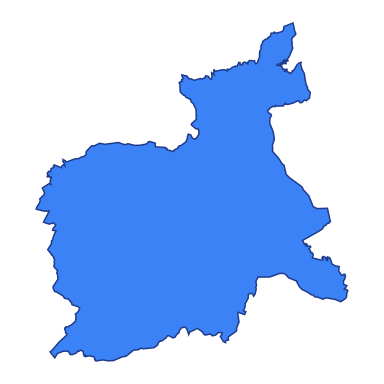 Varfuri, Dâmbovita, Romania (Albers equal-area conic projection)
{"feature_id": "2599482B31531566828838", "entity_name": "Varfuri", "entity_type": "district", "adm_level": 2, "iso_a3": "ROU", "parent_name": "Romania", "parent_adm1": "Dâmbovita", "projection": "albers", "projection_center": [25.505, 45.099], "detail": "fine", "context": "isolated", "style": "filled", "palette": "blue", "viewbox_px": 384, "rotation_deg": 0, "n_neighbors": 0, "source": "geoboundaries", "source_scale": "gbopen_adm2", "svg_char_len": 5861}
<svg xmlns="http://www.w3.org/2000/svg" viewBox="0 0 384 384"><path d="M327.4,208.3L317.2,208.6L313.2,206.7L308.7,195.6L302.8,189.3L302.9,188.4L301.8,186.7L289.5,177.7L286.2,174.4L284.0,165.2L282.0,163.7L278.8,158.5L272.5,151.3L272.7,149.4L272.4,145.0L274.0,140.8L274.3,138.4L273.2,131.8L269.8,123.4L269.9,118.6L271.3,115.8L271.4,114.7L268.7,112.8L267.8,111.5L267.9,110.2L269.3,109.3L269.8,108.1L272.8,106.4L275.0,106.7L275.8,105.3L276.9,106.1L283.5,105.9L284.3,104.0L285.2,104.2L285.5,103.3L286.2,104.2L287.9,104.4L293.1,103.1L298.2,100.6L300.1,102.7L301.7,102.6L304.5,100.0L306.4,100.7L309.5,98.0L310.2,92.6L309.9,91.7L307.6,89.6L307.5,87.3L306.0,84.1L305.3,80.5L304.3,73.6L301.9,68.9L300.6,63.8L301.1,62.4L299.6,62.7L297.2,64.6L293.5,70.7L292.4,70.7L291.6,72.7L289.8,73.5L289.3,72.5L287.2,71.8L286.9,69.2L285.9,69.4L285.9,70.8L284.6,71.4L284.3,71.1L285.1,69.8L283.4,68.9L282.6,69.2L282.0,66.9L280.3,65.7L276.9,65.3L277.0,64.4L278.6,65.3L282.1,64.7L282.6,63.6L286.1,63.6L285.9,61.8L286.2,60.9L285.7,60.9L284.2,61.5L284.2,62.6L282.9,63.5L281.9,63.0L281.4,64.3L279.9,63.6L283.4,61.7L283.5,60.7L284.4,59.7L286.8,60.4L286.7,61.2L288.0,60.9L287.3,59.4L289.6,55.8L292.7,48.2L292.0,44.2L292.2,42.0L291.6,40.6L292.2,37.9L295.7,34.5L295.7,33.0L294.7,31.2L293.0,23.0L284.3,26.4L283.8,26.9L283.6,29.4L282.8,30.9L281.5,31.8L275.8,33.2L274.2,32.1L273.2,33.2L271.2,33.1L270.4,36.2L268.1,37.4L267.9,38.6L265.4,39.3L262.6,41.5L262.7,42.4L260.9,46.3L261.2,48.5L259.6,51.8L259.5,57.2L258.0,60.7L257.8,62.1L256.0,63.8L254.6,62.0L254.6,60.8L249.5,60.5L247.1,63.0L247.9,63.3L247.9,63.9L245.0,62.1L243.0,62.8L242.5,63.3L242.5,64.5L240.2,64.9L240.0,62.6L238.8,62.4L237.0,66.5L235.7,66.0L232.0,67.5L230.1,69.2L228.2,69.5L227.8,70.4L227.3,69.4L226.7,70.8L224.6,69.7L222.3,69.8L215.2,71.3L214.2,69.8L213.7,70.1L214.0,72.0L213.3,73.1L213.9,74.5L211.6,72.8L212.1,77.2L211.4,79.2L209.9,78.6L208.6,77.2L208.6,76.5L205.7,75.7L204.7,78.2L203.6,78.1L202.4,79.2L200.3,78.5L194.3,80.3L191.1,78.9L188.9,78.8L188.7,78.0L186.8,76.8L187.2,76.2L181.8,74.9L182.0,76.2L183.4,78.5L181.6,79.7L181.6,80.9L182.3,81.3L182.0,81.6L180.0,81.9L179.1,82.7L179.9,84.3L180.2,91.9L183.3,95.0L185.1,95.7L185.6,97.0L189.5,99.1L190.3,98.9L191.2,101.8L193.2,103.6L196.0,109.2L196.3,119.4L191.8,123.4L191.3,124.8L196.0,128.9L197.5,128.7L198.5,129.4L199.0,132.6L198.6,134.8L196.1,138.5L195.1,139.0L193.2,138.6L192.3,138.0L190.7,134.9L188.2,134.1L187.3,137.1L187.4,138.6L185.7,142.1L180.9,145.5L178.7,146.1L177.5,148.4L174.1,150.0L173.5,151.5L167.0,149.8L167.0,148.5L165.3,148.1L165.3,147.5L155.5,146.8L155.1,144.7L155.4,143.2L149.8,141.5L148.5,141.8L146.5,144.0L140.3,145.2L134.8,145.4L127.9,143.7L125.7,144.6L123.6,144.4L118.5,142.5L104.9,144.3L99.6,143.3L94.1,145.9L91.5,145.9L86.5,151.2L86.0,152.3L86.3,154.3L83.9,156.5L81.4,157.0L78.6,158.6L74.1,159.1L67.5,161.7L65.6,161.8L65.3,160.7L63.4,159.8L63.7,160.3L62.8,161.1L64.6,164.3L64.8,165.8L63.9,164.7L62.2,165.5L61.5,167.7L54.2,164.9L53.4,166.1L54.0,166.7L53.5,167.7L51.1,168.4L50.5,171.7L48.6,171.3L47.2,173.4L48.0,175.0L47.2,176.1L47.3,176.9L48.7,176.7L49.1,176.0L50.6,178.1L50.9,177.1L51.3,177.1L51.1,178.7L50.3,180.2L50.2,182.8L50.9,184.4L49.2,183.6L42.3,188.0L44.4,192.4L44.4,194.3L39.7,199.0L40.3,200.1L39.5,203.0L36.7,207.3L36.2,209.2L44.2,211.1L49.2,211.1L43.5,222.2L49.1,224.1L53.7,222.9L55.8,225.4L53.2,228.3L52.6,230.3L56.0,230.9L53.4,236.4L52.7,239.7L51.6,240.8L51.3,243.9L47.7,249.7L50.8,253.4L51.2,254.5L53.1,256.2L54.6,260.2L54.1,262.0L54.5,264.0L53.8,266.1L54.8,267.9L57.5,270.3L56.7,273.1L57.6,274.7L57.9,279.3L53.1,286.5L53.3,288.7L54.6,291.4L57.1,292.3L63.4,296.2L64.4,298.2L68.6,299.2L70.4,301.7L71.4,302.3L72.0,304.7L77.8,306.6L79.3,307.7L79.7,308.7L77.9,312.0L75.3,314.2L75.9,315.3L75.9,319.1L75.3,321.4L71.6,324.7L66.9,327.3L65.9,326.8L64.9,328.0L64.6,328.8L65.7,331.7L65.5,332.8L67.1,334.0L66.7,335.1L58.8,342.4L51.9,350.5L50.0,351.9L54.8,357.8L57.5,353.4L63.5,351.2L68.3,351.2L69.9,354.2L71.5,354.8L75.9,353.3L78.1,350.9L78.7,351.4L81.0,350.1L83.2,351.6L83.6,354.6L85.4,355.4L84.3,356.0L85.3,356.7L89.0,355.8L93.5,356.7L95.0,358.5L94.6,359.6L95.9,361.0L102.9,359.9L107.7,360.8L113.4,360.6L121.8,357.0L126.3,356.1L133.4,350.2L138.5,349.7L140.8,348.1L143.2,348.8L153.9,347.7L157.5,345.2L158.0,343.4L159.5,341.5L162.1,340.8L166.0,337.9L167.6,335.7L169.2,335.8L173.0,337.9L175.0,337.2L177.0,334.1L178.9,332.9L179.3,330.8L181.4,327.9L184.8,327.0L186.8,328.8L188.7,334.6L189.6,332.2L197.4,328.4L202.6,332.0L203.5,333.8L205.1,335.1L210.6,334.0L212.1,335.7L213.1,335.7L215.7,335.0L218.4,332.5L222.1,332.7L222.4,333.0L220.4,336.6L223.4,341.6L225.5,342.6L225.3,341.5L225.7,340.8L228.5,340.0L228.2,337.7L228.7,336.6L236.5,331.0L236.8,327.3L239.0,322.1L237.8,313.5L238.2,312.3L244.6,314.6L245.2,313.3L245.9,311.7L243.4,310.7L245.1,306.9L245.2,303.7L248.2,298.2L248.3,294.3L250.9,293.4L252.6,293.9L253.7,296.2L255.1,294.0L256.2,289.1L255.8,287.3L256.5,285.4L255.9,281.2L258.1,277.1L269.7,277.0L280.2,273.3L284.9,273.7L288.8,277.9L297.0,281.2L296.8,281.9L299.2,286.4L301.7,289.3L308.0,292.4L311.2,294.8L313.1,294.9L314.6,296.8L317.8,297.2L322.9,299.2L326.1,297.8L335.0,299.4L340.8,301.7L345.7,298.4L346.7,296.0L346.6,293.7L347.8,290.7L346.7,289.5L344.3,289.3L346.9,285.7L343.6,284.3L343.5,280.6L344.6,279.5L344.8,277.8L345.3,277.3L345.3,275.0L344.8,274.3L343.9,274.2L342.7,275.3L341.4,275.1L338.6,270.8L339.2,266.6L335.2,265.8L332.0,264.0L330.2,258.5L329.4,257.6L327.5,256.9L327.2,257.6L327.8,259.5L327.1,260.5L326.3,259.9L326.0,257.8L323.7,256.5L322.9,256.6L321.9,258.0L323.0,258.8L323.0,259.8L321.5,260.2L312.4,257.9L313.2,254.9L313.0,253.8L312.2,252.8L310.5,252.5L310.6,250.9L308.9,249.0L310.7,247.0L310.5,246.2L306.2,246.0L307.2,244.9L306.8,244.1L305.4,243.6L304.5,244.4L302.6,240.4L319.6,230.8L322.5,228.8L324.0,226.0L325.8,225.3L327.3,223.5L329.0,223.2L329.2,222.0L330.4,221.7L327.4,208.3Z" fill="#3b82f6" stroke="#1e3a8a" stroke-width="1.5"/></svg>